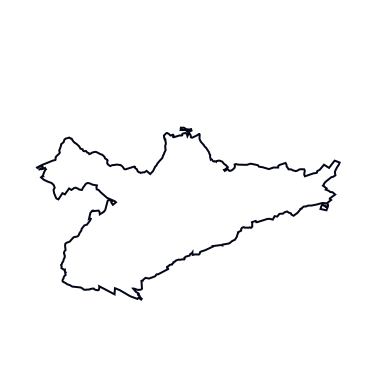 Jibou, Salaj, Romania, rotated 163°
{"feature_id": "2599482B62846653397775", "entity_name": "Jibou", "entity_type": "district", "adm_level": 2, "iso_a3": "ROU", "parent_name": "Romania", "parent_adm1": "Salaj", "projection": "equal_earth", "projection_center": [23.24, 47.26], "detail": "fine", "context": "isolated", "style": "outline", "palette": "ink", "viewbox_px": 384, "rotation_deg": 163, "n_neighbors": 0, "source": "geoboundaries", "source_scale": "gbopen_adm2", "svg_char_len": 6076}
<svg xmlns="http://www.w3.org/2000/svg" viewBox="0 0 384 384"><g transform="rotate(163 192 192)"><path d="M298.5,279.6L300.2,277.2L303.2,275.9L303.7,274.6L306.8,270.5L306.9,268.3L308.0,267.4L311.0,266.0L312.3,265.0L312.8,263.4L313.3,262.6L316.1,262.7L327.6,261.7L333.0,260.7L332.8,260.2L331.5,260.6L327.6,261.1L327.5,258.9L332.3,258.1L330.2,258.3L329.6,257.9L327.9,257.7L325.5,258.0L325.1,256.4L325.6,256.3L327.7,254.1L329.8,251.3L329.7,250.5L331.0,250.7L332.1,250.1L330.0,246.9L326.8,244.0L323.7,241.7L322.3,239.3L322.0,236.6L322.4,235.8L323.2,235.3L323.8,234.4L324.2,231.5L323.8,226.5L323.5,225.4L321.9,224.0L316.2,228.7L314.2,226.9L308.5,231.3L306.7,229.2L303.3,230.3L302.0,230.1L299.9,228.4L299.1,227.3L296.7,226.1L295.0,227.9L291.2,230.8L290.0,231.1L288.8,231.0L286.9,229.9L285.0,228.1L281.0,226.1L282.1,224.3L282.3,222.4L280.7,221.2L279.5,218.6L274.9,211.2L268.5,205.7L267.7,204.4L271.4,202.9L272.2,205.7L271.5,206.2L271.7,206.9L273.4,208.6L275.1,208.4L280.2,200.2L282.4,198.7L286.7,197.6L286.3,199.9L286.7,201.5L292.6,202.7L292.5,203.2L293.2,203.1L295.3,201.7L298.1,196.8L297.6,197.0L296.6,195.9L298.1,194.3L302.1,191.5L304.7,191.5L307.6,189.5L308.4,188.9L309.0,187.6L311.3,185.8L312.9,183.9L314.3,183.0L318.5,183.3L323.5,180.3L326.9,180.1L328.3,179.5L329.1,177.7L329.9,173.5L331.1,172.7L332.2,171.4L332.4,169.8L332.2,168.6L332.6,167.8L332.6,166.9L334.1,165.5L335.6,163.1L336.7,162.4L337.7,160.9L338.6,160.4L338.4,159.1L339.1,157.4L337.2,155.1L336.2,155.0L336.8,153.4L336.8,152.4L336.3,152.0L336.9,151.5L337.2,149.5L338.1,149.2L339.5,148.2L340.2,146.8L341.2,146.1L341.8,144.8L341.7,144.0L339.7,142.1L338.2,140.2L335.9,138.5L334.2,136.6L326.3,133.2L324.9,131.7L324.4,130.8L323.4,129.9L318.2,128.7L317.6,129.0L314.8,128.6L314.1,128.3L314.0,127.7L312.8,126.6L310.7,125.5L309.7,125.7L308.6,127.5L308.3,129.0L296.0,116.8L293.8,122.5L289.9,119.4L281.6,110.4L275.4,105.7L273.9,106.6L272.1,104.0L271.3,104.5L272.6,107.0L272.4,107.6L272.8,108.5L273.6,109.2L273.6,109.7L272.7,110.0L272.8,110.7L274.7,112.7L276.5,116.8L275.5,116.5L272.9,114.5L271.6,114.0L269.9,113.6L268.6,113.8L268.1,114.1L266.3,121.8L265.0,121.5L264.4,122.3L261.5,123.5L258.4,121.8L252.4,122.1L251.2,122.6L250.8,123.1L249.7,123.6L248.6,123.2L237.3,125.3L237.3,125.9L238.0,126.6L237.8,127.7L235.8,128.1L234.7,128.8L232.2,128.5L231.9,129.1L230.6,129.5L230.3,130.3L228.5,130.5L227.7,131.1L224.9,131.3L223.0,130.6L221.2,130.5L219.1,129.8L218.5,130.4L218.5,131.3L216.6,132.0L212.9,131.9L211.7,133.2L210.2,133.4L209.2,134.2L209.9,131.8L209.7,131.6L207.1,131.4L203.8,130.2L202.7,130.7L201.9,132.1L200.9,132.4L196.4,132.5L187.2,133.8L187.4,134.1L180.3,132.9L178.7,132.1L178.7,132.5L178.3,132.8L172.1,132.0L170.6,132.2L168.2,133.3L164.9,133.8L162.4,135.9L160.5,138.7L159.8,139.3L159.8,140.0L156.3,140.7L155.8,142.2L154.7,143.1L153.2,143.4L152.4,143.0L152.3,142.6L148.0,141.2L147.0,141.3L146.1,140.5L145.3,140.7L144.5,141.3L143.5,144.8L143.5,145.6L139.5,145.7L139.3,144.3L137.9,144.1L127.8,144.2L125.5,143.6L122.8,142.0L120.1,144.7L117.6,143.6L115.0,145.4L113.9,145.4L111.5,144.7L109.5,145.5L106.8,145.6L105.3,143.8L103.7,142.7L103.5,141.3L101.8,139.6L97.2,141.2L94.0,143.3L93.4,144.1L92.9,144.2L92.1,143.9L91.3,144.7L89.5,145.4L86.8,144.8L85.3,145.1L81.5,144.1L76.7,143.6L70.6,143.4L66.0,141.6L65.9,139.7L67.1,138.9L67.0,138.5L68.5,138.6L68.7,139.0L68.6,139.4L69.0,139.8L68.9,140.1L69.8,140.3L69.8,140.7L71.1,141.8L72.6,140.4L74.1,138.2L68.8,135.2L66.4,138.2L65.7,139.7L65.8,142.0L61.3,143.7L62.3,145.1L62.1,145.5L55.8,147.7L57.7,150.7L59.8,151.6L60.8,153.1L63.4,155.2L62.2,156.1L64.9,159.8L63.7,160.5L63.5,161.1L62.1,162.2L61.0,162.8L54.5,165.4L52.6,165.3L50.0,166.0L49.6,169.1L48.8,170.4L46.0,173.3L43.9,174.9L42.2,177.0L46.4,180.3L53.9,175.0L57.8,179.5L63.4,175.9L66.2,175.3L66.9,174.0L67.3,173.8L70.4,174.3L79.4,174.0L79.6,175.5L79.2,177.0L78.1,178.8L77.9,180.0L78.1,180.9L81.0,181.9L82.8,182.2L85.0,181.6L86.8,181.7L89.0,183.1L90.7,184.7L93.0,185.4L93.4,187.1L94.0,188.5L93.7,190.8L94.1,192.4L99.8,192.3L101.6,191.9L102.3,191.0L102.5,190.2L106.9,191.6L111.7,191.4L117.5,195.2L119.9,196.3L120.6,196.8L121.2,198.4L126.6,201.4L128.1,202.0L131.3,201.9L132.8,202.3L139.9,204.7L141.9,205.9L143.2,205.8L143.3,204.5L144.1,202.8L146.7,201.4L148.8,201.0L150.1,201.3L151.1,203.4L154.5,202.6L154.9,203.8L153.6,203.9L150.5,205.3L151.9,208.1L152.8,208.9L154.3,212.3L156.8,214.1L159.3,214.4L159.9,213.9L160.0,214.2L161.2,214.5L161.3,214.8L162.0,214.7L163.1,215.7L163.4,217.0L164.3,218.1L164.6,217.9L164.4,220.5L163.8,222.2L164.2,223.4L164.1,224.9L165.6,230.2L166.5,231.5L167.1,233.7L168.9,237.5L169.3,240.6L167.9,244.7L168.0,245.3L168.4,245.4L170.6,244.7L175.7,243.9L176.6,244.2L177.0,244.6L176.7,246.5L177.7,250.3L177.0,251.0L175.6,250.7L174.5,250.9L174.5,252.4L176.1,252.5L178.4,253.4L179.2,253.9L181.1,256.0L181.9,256.0L183.8,256.8L184.2,256.1L183.9,255.6L184.7,254.6L179.8,253.1L179.2,251.9L178.2,251.2L178.6,248.3L180.0,246.8L180.0,249.0L180.7,250.3L184.0,250.5L184.7,249.8L184.8,249.2L185.1,249.1L185.9,249.1L187.1,249.7L193.4,249.7L194.0,250.1L194.0,250.4L193.1,251.5L193.5,252.4L195.8,252.2L196.3,252.6L196.9,253.9L198.3,255.5L198.9,255.8L199.9,255.5L202.3,254.2L202.8,251.6L202.7,250.5L202.3,250.6L202.1,249.8L202.6,248.6L202.5,247.8L202.9,245.8L204.4,243.4L204.5,242.1L204.9,241.0L204.8,240.1L205.3,239.4L207.1,237.5L207.7,236.5L209.1,235.2L210.4,233.2L214.1,231.1L217.0,229.1L218.5,227.5L219.6,227.2L223.1,223.4L226.7,221.4L229.3,225.5L231.7,224.7L233.6,225.2L235.6,225.3L236.2,226.1L237.0,226.4L237.9,227.8L238.1,230.0L239.3,231.3L239.5,232.1L239.2,232.7L239.8,233.2L248.8,233.1L250.0,233.6L251.0,236.6L252.4,238.6L256.1,240.3L258.3,240.5L260.3,241.0L262.6,240.7L263.9,242.2L264.7,244.1L263.9,246.6L263.5,246.9L263.6,247.5L265.4,249.7L265.4,251.2L267.0,254.0L268.0,254.5L271.7,258.1L272.9,258.7L275.9,258.9L277.7,258.3L279.1,258.3L279.0,258.9L280.6,260.4L281.4,262.2L282.5,262.3L283.6,262.8L284.1,263.5L284.1,264.8L286.0,266.1L286.6,268.7L288.4,271.8L290.0,273.7L290.9,275.6L291.5,278.1L292.3,278.5L292.3,278.8L292.9,279.1L293.4,279.9L297.0,280.0L298.5,279.6Z" fill="none" stroke="#020617" stroke-width="2"/></g></svg>